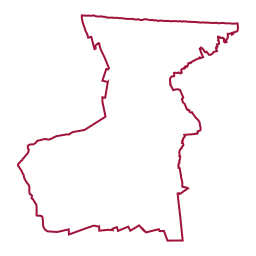 the district of Lerdo de Tejada, Veracruz, Mexico
{"feature_id": "50627088B89333927260358", "entity_name": "Lerdo de Tejada", "entity_type": "district", "adm_level": 2, "iso_a3": "MEX", "parent_name": "Mexico", "parent_adm1": "Veracruz", "projection": "robinson", "projection_center": [-95.486, 18.659], "detail": "fine", "context": "isolated", "style": "outline", "palette": "rose", "viewbox_px": 256, "rotation_deg": 0, "n_neighbors": 0, "source": "geoboundaries", "source_scale": "gbopen_adm2", "svg_char_len": 5690}
<svg xmlns="http://www.w3.org/2000/svg" viewBox="0 0 256 256"><path d="M37.1,140.9L36.5,142.0L35.5,143.0L34.3,143.8L33.7,144.2L32.7,144.4L31.6,144.4L29.8,144.5L27.9,145.7L27.8,147.5L28.0,148.6L28.5,149.4L28.9,150.0L28.5,150.9L28.3,151.9L27.9,153.0L25.6,155.6L24.4,157.2L23.7,158.0L22.6,159.0L22.2,160.2L21.0,160.9L20.4,161.8L18.3,163.9L18.0,165.7L18.7,166.3L19.3,167.5L20.3,169.1L21.0,169.8L21.8,171.3L22.6,173.4L23.6,174.9L24.3,178.2L25.1,179.7L26.5,182.2L27.6,183.5L28.9,185.4L29.4,187.3L29.3,191.1L29.4,192.4L30.0,194.3L31.2,194.7L32.0,195.7L31.6,198.3L33.0,199.2L33.8,200.8L34.8,202.2L35.1,203.1L36.1,204.1L36.2,204.9L36.6,206.0L36.6,210.8L36.7,212.7L36.4,214.6L36.7,215.5L37.9,215.7L39.2,215.7L41.5,216.0L42.3,216.8L42.6,218.1L42.9,220.4L43.0,224.0L43.3,226.6L44.0,228.1L45.0,229.4L45.8,230.3L47.5,231.3L48.3,231.4L57.2,232.0L68.7,229.4L68.9,233.5L69.0,234.5L78.8,230.9L80.4,230.3L81.2,230.1L84.4,228.8L86.9,228.0L93.8,225.6L98.8,226.6L99.1,226.5L99.3,230.7L108.2,229.8L112.9,230.2L112.5,228.7L116.9,227.2L118.0,230.9L121.1,229.6L126.9,227.2L128.3,226.7L130.3,230.7L133.4,228.9L139.1,225.4L141.0,227.5L143.2,229.9L143.2,229.4L146.0,232.4L158.8,229.2L159.5,231.1L163.9,230.9L167.5,240.6L182.7,240.5L182.6,239.9L180.2,216.3L179.9,214.2L179.6,211.0L179.1,207.4L177.6,193.5L178.8,193.1L179.8,194.0L188.0,188.3L186.8,187.6L185.8,187.4L185.1,187.3L184.1,187.1L183.7,187.1L182.3,186.7L182.3,182.6L181.4,178.4L181.0,176.9L181.0,175.5L180.4,172.8L179.8,168.3L178.5,167.8L178.9,167.2L178.2,165.5L178.7,164.6L178.5,163.8L178.9,163.2L179.6,162.6L179.2,160.9L179.7,159.9L180.0,158.9L180.1,157.8L180.2,156.4L179.4,156.2L179.6,155.2L179.5,153.8L179.2,152.6L180.0,149.7L180.8,148.9L181.7,148.2L181.6,147.4L181.9,146.9L183.1,145.7L183.4,145.1L183.0,143.2L181.9,142.9L182.4,140.7L182.9,140.5L182.6,139.8L183.3,138.4L183.4,137.9L183.7,137.6L184.3,137.5L184.5,136.7L184.9,136.2L184.3,134.9L186.2,134.7L190.1,134.4L192.9,134.2L195.7,133.7L196.2,133.8L196.4,133.5L197.4,133.6L197.7,133.2L197.7,132.5L197.7,131.8L197.6,131.4L199.4,130.9L200.1,130.5L200.5,129.8L200.5,129.3L200.6,128.8L200.5,127.4L200.3,126.4L200.0,125.4L199.6,122.4L198.9,121.1L197.9,119.8L195.6,117.5L193.3,114.3L192.0,112.8L192.7,111.9L191.6,112.4L190.4,112.4L189.4,111.6L189.4,110.3L188.2,110.1L188.0,109.5L186.8,109.4L184.9,104.2L182.9,102.3L181.7,98.2L182.3,98.8L183.3,97.6L181.5,93.6L180.0,89.9L179.3,89.9L178.3,89.4L177.4,89.2L175.4,89.5L174.4,89.9L173.2,90.1L173.1,89.7L172.5,88.9L172.5,88.5L171.9,87.7L170.9,85.4L170.4,85.1L170.5,84.7L170.4,83.7L170.0,84.5L170.1,83.7L170.2,83.0L170.2,81.7L170.0,80.7L170.0,79.4L170.1,78.7L170.4,78.0L171.4,76.7L172.3,76.3L173.9,76.3L174.3,75.7L174.0,73.0L174.7,72.7L176.5,72.9L177.2,73.0L178.9,72.5L179.4,72.8L179.9,73.3L180.4,73.4L181.0,73.3L181.6,73.0L181.8,72.3L181.3,71.3L181.2,70.9L181.2,70.1L181.5,69.9L181.8,69.3L182.4,68.7L183.3,68.6L183.7,68.3L184.1,68.7L184.8,68.4L184.9,66.8L185.2,66.5L185.9,66.3L186.4,66.5L186.5,67.0L186.9,67.7L186.8,66.5L186.9,65.9L187.7,65.6L188.0,65.3L188.0,64.8L188.2,64.4L188.2,63.4L188.9,63.1L189.3,62.9L189.8,62.9L190.1,62.8L190.4,63.1L190.7,63.1L190.9,62.9L190.9,62.6L191.0,62.5L191.2,62.4L191.4,62.0L191.6,61.9L191.8,61.8L192.8,61.2L193.1,61.0L193.6,60.9L195.8,59.6L197.9,58.8L199.2,58.0L199.7,57.5L200.1,58.3L203.1,57.1L202.8,56.5L202.1,55.1L201.6,53.7L201.3,53.2L200.3,50.1L199.7,49.0L199.9,48.5L200.2,48.3L200.9,48.4L201.1,47.7L201.5,48.0L202.3,48.3L202.6,48.9L203.1,49.4L203.9,50.3L204.5,51.7L205.0,52.0L205.3,52.3L206.6,51.7L207.1,52.6L207.6,53.0L208.3,53.7L208.8,54.7L210.0,54.9L211.0,54.5L211.8,54.1L212.4,53.7L213.6,52.0L217.0,51.1L216.6,50.0L216.2,49.2L216.0,48.0L216.8,47.8L216.6,46.6L217.5,46.4L217.0,44.4L218.0,44.3L219.1,43.7L218.8,41.5L218.5,40.2L218.1,40.2L218.3,39.2L218.2,38.2L218.0,37.2L218.0,36.7L218.5,36.6L218.8,36.7L219.0,37.2L219.3,37.3L220.0,37.3L220.2,37.9L220.6,38.1L222.2,37.7L222.5,38.0L223.3,38.0L223.6,38.2L224.0,38.7L224.3,39.4L224.4,40.0L223.8,39.9L223.9,41.6L225.0,42.5L225.3,42.2L225.7,42.2L225.8,42.1L226.6,41.9L226.0,40.3L227.2,38.8L227.5,38.2L227.6,37.4L228.1,36.5L227.7,35.5L227.8,33.8L229.2,33.9L230.8,33.4L231.7,32.9L232.0,34.6L233.5,33.5L233.6,32.5L234.4,32.1L237.0,31.4L237.6,30.6L237.9,28.7L238.0,27.4L237.5,23.4L237.1,23.3L236.0,23.6L234.6,23.5L232.5,23.7L229.4,23.3L226.4,23.4L224.8,23.2L222.9,22.9L220.8,23.1L218.2,23.3L216.1,22.7L213.8,23.1L212.6,22.9L210.4,22.9L209.1,22.7L206.9,22.5L206.0,22.8L204.6,22.5L203.7,22.5L202.9,22.3L201.8,22.6L199.6,22.5L197.6,22.1L196.9,22.3L195.6,22.0L192.9,22.0L192.5,21.8L192.0,22.0L191.2,22.0L190.2,21.6L188.8,21.9L187.1,21.7L185.3,21.3L184.6,21.3L184.2,21.5L183.4,21.3L181.9,21.7L180.9,21.2L180.0,21.2L178.8,21.4L175.4,21.1L173.5,21.1L172.6,21.2L171.5,21.1L170.5,21.4L168.8,20.9L165.3,21.0L162.7,20.8L160.2,20.5L159.0,20.9L157.9,20.9L156.5,20.4L155.4,20.2L154.5,20.5L152.2,19.9L150.0,20.1L145.8,19.2L144.1,19.3L142.3,20.0L140.8,20.1L138.1,19.2L137.0,19.5L135.4,19.5L132.9,19.0L131.3,18.8L129.9,19.1L128.3,18.8L127.5,19.0L121.2,18.1L119.3,18.2L117.1,17.8L114.8,17.9L112.3,17.6L108.7,17.7L106.5,17.4L104.8,16.8L103.2,16.8L101.3,16.3L99.0,16.6L96.1,16.3L93.6,15.4L91.1,15.8L88.9,15.6L86.5,15.7L82.4,15.5L81.8,15.4L81.8,17.3L82.1,20.0L82.6,21.9L83.4,24.5L84.1,26.4L85.6,31.1L86.8,33.3L87.8,36.0L88.2,37.7L91.3,36.9L94.5,49.1L95.6,48.6L95.7,47.8L95.3,47.2L94.5,46.8L95.7,45.5L96.8,44.4L98.5,43.1L99.3,43.5L99.4,45.1L100.1,47.2L100.6,49.2L104.5,57.3L108.2,66.3L108.9,67.8L108.6,68.7L108.0,69.5L106.3,69.0L102.4,80.6L105.9,81.6L107.7,82.0L107.8,81.9L105.2,97.7L102.4,97.3L102.4,101.6L105.5,116.7L84.5,130.0L73.0,132.0L70.4,133.4L69.1,134.5L67.2,134.3L56.4,136.2L54.0,137.2L52.2,138.3L49.1,139.6L46.1,139.2L45.2,138.9L37.1,140.9Z" fill="none" stroke="#9f1239" stroke-width="2"/></svg>